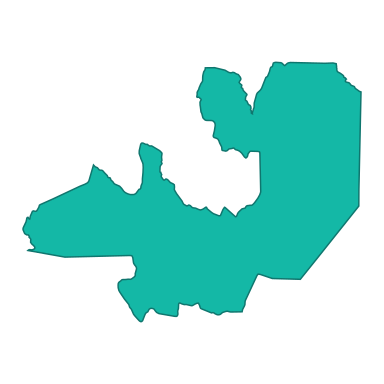 map outline of Salta (orthographic projection)
{"feature_id": "ARG-1303", "entity_name": "Salta", "entity_type": "Province", "adm_level": 1, "iso_a3": "ARG", "parent_name": "Argentina", "parent_adm1": "", "projection": "orthographic", "projection_center": [-65.55, -24.191], "detail": "fine", "context": "isolated", "style": "filled", "palette": "teal", "viewbox_px": 384, "rotation_deg": 0, "n_neighbors": 0, "source": "natural_earth", "source_scale": "10m", "svg_char_len": 5966}
<svg xmlns="http://www.w3.org/2000/svg" viewBox="0 0 384 384"><path d="M88.9,180.9L93.5,165.0L95.2,166.8L97.4,167.7L98.8,169.4L99.3,169.9L100.4,170.2L101.5,170.2L102.2,170.4L102.9,170.9L104.8,173.1L107.2,175.5L107.9,177.2L108.4,177.6L109.4,177.7L110.1,177.9L110.4,178.4L110.7,179.4L110.9,179.9L112.8,181.7L114.1,183.6L115.0,184.2L119.4,186.1L119.8,186.4L121.7,188.4L123.7,191.2L124.9,192.3L126.6,193.3L128.8,194.2L130.7,194.6L134.1,194.5L135.9,193.5L138.8,189.6L139.1,189.3L140.0,189.1L140.4,188.7L140.8,188.0L141.0,186.2L141.7,184.2L142.1,183.6L142.3,182.8L142.4,181.2L142.4,178.8L143.0,172.7L143.2,167.4L143.0,164.0L142.5,162.4L140.8,158.4L140.6,157.5L139.4,154.2L139.2,153.6L139.2,151.9L139.3,150.4L140.7,144.3L141.2,143.5L141.7,143.1L142.1,143.0L143.3,143.2L145.8,144.4L147.2,144.3L148.9,145.6L149.7,146.0L151.3,145.9L152.0,146.1L159.7,150.7L161.7,152.7L161.9,153.3L162.0,153.7L161.6,156.4L161.6,157.6L161.9,160.4L161.3,161.7L161.4,162.1L162.0,163.4L162.0,163.7L160.8,165.2L160.1,166.6L159.9,171.3L160.0,172.0L160.3,172.2L160.8,172.3L161.0,173.4L161.7,174.5L161.2,176.0L161.3,176.8L163.3,179.7L163.5,179.9L164.4,180.1L165.0,179.7L165.6,179.1L166.6,179.1L167.8,179.8L170.3,182.5L173.2,183.9L174.3,184.8L174.5,187.0L174.3,189.5L174.8,190.6L176.6,193.7L182.0,201.0L183.0,203.1L183.6,204.1L184.0,204.4L186.3,205.7L186.8,205.9L187.7,205.7L188.5,205.1L189.5,205.2L190.4,205.7L192.2,207.5L193.5,207.9L194.8,208.0L195.8,208.2L198.2,209.3L200.3,210.0L202.4,209.4L203.6,208.7L205.8,207.2L206.4,207.2L206.6,207.4L207.2,208.8L211.8,212.6L213.5,213.7L218.7,215.7L219.4,215.8L220.0,215.7L220.5,215.4L223.0,209.5L224.5,207.3L225.1,207.5L235.4,216.7L235.8,216.7L236.2,216.5L236.8,215.8L237.6,213.6L238.3,212.5L239.1,211.6L242.0,208.9L245.0,208.1L245.3,207.8L246.1,206.4L246.7,205.9L247.6,205.6L248.7,205.5L249.9,205.3L251.6,205.3L252.2,205.0L253.1,204.3L254.5,202.8L257.8,198.3L259.7,194.9L260.6,192.3L260.7,191.5L259.9,153.5L259.8,152.6L259.5,151.8L257.7,151.4L250.9,151.2L249.8,151.5L248.1,153.8L247.5,156.3L247.1,157.0L245.9,158.0L244.5,157.0L241.7,153.1L239.6,151.2L237.8,150.3L235.4,149.6L233.9,148.1L233.0,148.1L231.9,148.5L229.1,148.9L227.2,150.6L226.6,150.9L225.5,151.1L223.9,150.7L222.6,150.5L222.3,150.4L222.0,150.1L221.9,149.5L221.7,147.2L221.5,146.6L219.6,142.9L219.0,141.1L218.1,139.4L217.5,138.8L215.7,138.0L214.1,137.5L213.5,136.9L213.2,136.0L213.3,135.3L214.4,130.8L215.2,125.6L215.1,124.1L214.9,123.2L214.3,122.2L213.4,121.3L212.5,120.7L211.0,120.5L206.4,120.4L205.7,120.2L205.1,120.0L204.0,119.0L203.2,118.2L202.8,117.4L201.8,113.5L201.0,111.9L200.3,106.3L200.1,105.2L200.0,102.3L200.3,101.4L201.2,99.7L201.0,99.2L199.1,97.4L198.6,97.2L197.8,97.3L197.2,97.3L196.8,96.8L197.2,94.1L197.1,92.7L197.4,91.7L198.7,89.4L199.2,87.6L200.8,83.9L202.5,81.3L202.6,80.9L202.7,77.0L202.9,75.2L203.7,71.9L205.0,69.8L205.2,69.1L205.3,67.8L214.7,67.7L225.0,70.2L228.8,72.4L230.9,72.9L232.9,72.3L234.5,72.7L235.6,73.5L236.8,74.1L237.9,74.4L238.4,74.7L240.3,77.2L240.8,78.4L240.8,79.4L240.4,80.2L239.7,81.1L239.1,82.4L239.9,83.5L241.7,85.0L241.8,85.6L241.4,86.7L241.3,87.3L241.6,87.8L242.6,88.4L242.8,88.8L243.1,90.1L243.9,91.2L246.9,94.3L246.8,95.1L246.0,96.3L245.7,96.9L245.4,99.3L245.5,100.2L246.9,101.2L248.3,104.3L248.9,104.8L250.1,105.4L250.8,106.7L251.0,108.3L250.5,109.7L251.2,110.6L251.4,113.3L252.4,113.8L252.3,113.1L253.6,108.5L254.1,107.4L254.2,103.1L256.6,94.3L257.4,92.9L260.3,90.2L261.6,88.3L265.8,77.6L266.2,77.2L267.3,76.6L267.7,76.0L269.5,71.6L270.3,68.3L270.8,67.3L271.9,66.8L272.4,66.4L273.3,63.1L274.3,62.6L275.8,62.3L280.9,62.7L282.0,63.2L284.2,65.3L284.8,65.6L287.4,63.3L288.3,62.9L290.4,62.5L324.9,63.3L333.0,63.0L336.2,63.7L336.6,66.5L336.5,67.5L336.8,68.3L336.8,70.1L337.2,71.2L337.9,72.0L340.5,73.4L342.8,75.1L343.5,75.8L343.9,77.3L344.9,77.6L345.7,78.3L346.0,78.7L345.6,78.7L346.0,79.5L345.7,80.1L345.4,80.6L345.3,81.1L345.7,81.7L346.3,82.1L348.9,82.7L349.9,83.6L351.2,85.3L354.0,86.4L354.5,86.8L354.8,87.7L355.7,88.7L359.5,91.4L361.0,91.9L358.9,189.4L358.8,206.1L317.1,258.4L300.3,279.3L272.3,278.5L260.2,274.4L258.1,274.1L257.0,275.5L245.4,300.4L245.1,301.4L244.9,304.6L244.5,305.8L242.6,309.5L242.1,311.8L230.9,312.0L230.0,311.9L227.2,311.2L225.6,311.5L222.8,312.4L222.3,312.7L221.2,313.7L220.0,314.5L218.8,314.8L217.7,314.8L216.6,314.5L214.8,313.6L213.9,312.9L212.9,312.6L211.5,312.9L201.4,308.8L200.6,308.3L200.2,307.5L199.5,305.2L198.7,303.7L198.2,303.1L196.9,303.3L195.4,303.9L192.4,305.6L191.4,305.7L186.2,304.5L184.2,304.6L181.6,303.8L180.2,303.1L179.5,303.0L178.9,303.4L178.6,304.3L178.4,308.6L178.0,309.8L177.7,311.2L177.9,313.9L177.8,314.7L177.3,315.8L176.7,316.3L176.4,316.4L174.5,316.3L158.9,313.6L156.6,312.4L155.3,310.9L154.1,309.2L153.4,308.7L151.5,308.3L150.6,308.4L149.8,308.8L149.2,309.2L148.8,309.8L147.8,311.8L146.4,312.6L145.8,313.2L145.1,314.3L142.6,320.7L141.7,321.5L141.0,321.7L140.6,321.6L139.5,321.0L137.9,319.3L134.5,315.5L133.5,314.1L131.4,309.3L130.1,307.8L129.6,307.1L128.8,304.5L124.5,299.1L120.1,292.6L118.9,290.5L118.2,287.8L118.1,285.4L118.2,283.8L118.5,282.9L119.0,282.2L120.6,281.0L121.9,279.8L122.4,279.6L125.9,279.5L128.1,279.2L130.3,279.3L131.2,279.1L131.7,278.8L134.3,276.9L135.0,276.0L135.2,275.6L135.3,275.2L135.2,273.7L136.5,269.0L136.5,268.0L136.2,267.1L135.6,266.1L134.7,265.0L133.8,263.6L133.5,262.7L132.8,257.7L132.1,256.1L131.6,255.7L131.2,255.6L129.4,255.5L64.9,257.1L27.9,250.5L28.1,250.3L29.1,249.7L29.9,249.6L30.8,249.8L32.0,249.8L33.1,249.5L34.2,249.0L34.8,248.2L34.8,247.1L33.6,245.6L31.8,244.0L30.6,242.3L30.7,240.1L30.8,239.5L30.7,239.1L29.9,238.0L29.1,237.3L29.1,236.7L29.3,236.4L28.8,235.6L28.5,235.1L27.9,234.9L26.8,234.9L25.1,233.9L24.6,233.4L23.1,229.9L23.0,228.9L23.3,227.6L26.0,221.9L26.5,219.9L26.8,218.2L27.3,217.5L28.0,217.3L29.0,218.8L29.7,219.1L30.0,218.0L30.3,216.2L32.4,211.4L33.3,210.9L35.2,211.3L36.2,211.2L36.9,210.6L38.8,207.3L39.3,205.6L39.5,205.1L40.5,204.5L53.0,198.9L79.8,186.3L85.0,184.2L87.7,182.7L88.9,180.9Z" fill="#14b8a6" stroke="#0f766e" stroke-width="1.5"/></svg>